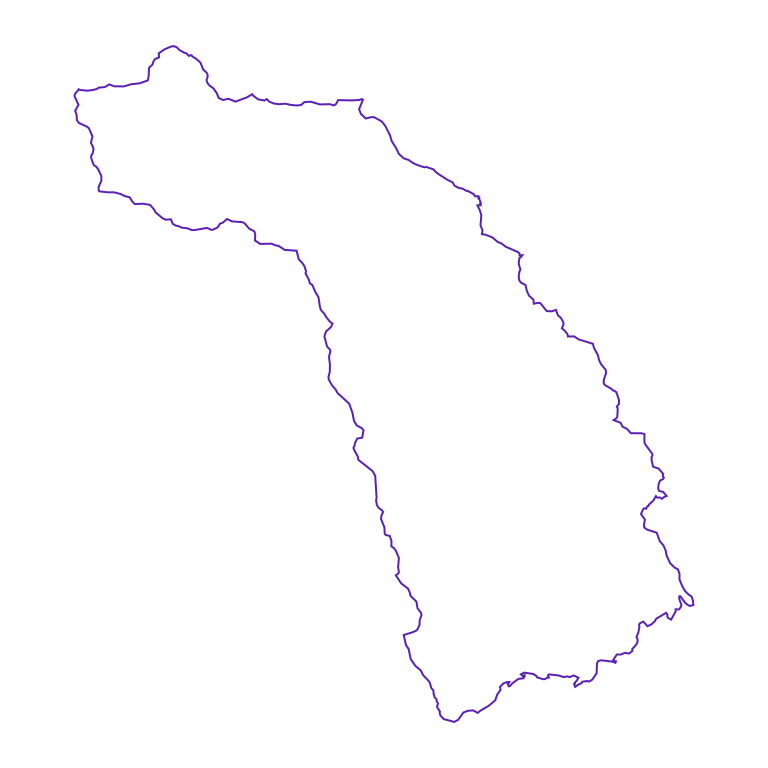 Zemes, Bacau, Romania
{"feature_id": "2599482B35780038076699", "entity_name": "Zemes", "entity_type": "district", "adm_level": 2, "iso_a3": "ROU", "parent_name": "Romania", "parent_adm1": "Bacau", "projection": "natural_earth1", "projection_center": [26.408, 46.58], "detail": "fine", "context": "isolated", "style": "outline", "palette": "violet", "viewbox_px": 768, "rotation_deg": 0, "n_neighbors": 0, "source": "geoboundaries", "source_scale": "gbopen_adm2", "svg_char_len": 6043}
<svg xmlns="http://www.w3.org/2000/svg" viewBox="0 0 768 768"><path d="M663.8,477.7L662.8,476.4L663.1,473.8L658.6,468.6L653.1,466.7L651.7,460.8L651.6,456.8L652.5,455.5L652.5,454.2L645.1,444.1L644.4,442.2L644.4,434.1L641.7,433.3L630.8,433.2L627.0,428.9L622.5,426.6L620.6,422.8L613.7,420.1L616.7,418.0L617.3,416.6L617.7,409.4L617.6,408.0L616.8,406.7L619.0,403.9L619.0,400.1L616.4,392.3L614.5,390.8L613.1,390.5L610.8,388.4L605.5,385.5L603.7,383.6L603.8,379.9L606.0,373.3L605.8,370.1L600.8,363.8L599.0,359.9L597.9,355.2L594.0,347.9L592.9,343.8L578.6,339.4L574.2,336.4L567.9,336.5L567.5,334.2L564.9,330.9L561.9,328.3L563.5,324.3L563.3,322.1L560.9,317.9L558.0,315.4L555.9,309.9L551.8,311.3L546.7,311.1L540.4,303.2L538.2,302.8L533.8,303.7L533.4,299.7L528.9,295.5L526.9,291.0L525.4,284.9L521.3,282.9L519.3,280.5L518.8,277.8L518.9,274.5L519.5,271.4L520.4,269.6L518.8,264.1L518.8,262.1L519.5,257.9L520.9,257.1L522.3,255.2L519.6,255.4L519.4,253.2L517.9,252.1L505.5,246.6L501.4,243.4L497.9,242.1L492.2,237.3L485.1,234.6L481.9,234.2L482.5,230.3L480.5,225.4L481.3,215.3L479.9,210.5L477.5,205.4L480.7,205.2L480.1,203.5L480.9,203.2L479.6,199.7L478.4,198.3L479.3,197.6L478.4,196.2L475.0,196.3L473.8,194.2L467.9,191.0L466.0,190.7L463.0,188.8L458.7,187.9L454.6,185.8L452.5,182.3L447.4,179.8L438.7,174.2L435.5,171.8L433.5,169.4L426.5,167.0L424.3,167.3L419.0,165.6L413.6,163.4L408.5,159.9L403.6,158.3L398.8,153.8L396.1,148.1L391.7,141.1L390.1,135.6L385.4,126.1L381.8,121.5L374.0,117.1L371.0,117.2L365.7,118.5L360.9,113.9L359.1,109.2L363.0,99.6L361.7,99.1L359.2,100.0L351.3,100.4L338.1,100.1L336.3,103.7L334.5,105.2L333.5,105.3L329.8,104.2L319.9,104.4L310.6,101.7L304.4,102.1L301.2,104.9L297.4,105.5L291.3,105.0L285.4,103.7L279.0,104.2L274.1,103.6L269.3,101.7L266.7,99.1L264.6,100.5L258.2,99.4L253.5,95.9L252.2,94.2L246.8,97.4L235.5,101.6L228.4,98.8L222.9,100.0L218.6,97.9L216.9,93.4L213.4,88.3L209.6,85.6L207.6,83.3L206.5,80.1L207.5,77.1L207.6,74.6L206.7,72.8L203.0,69.3L200.7,63.1L199.3,61.5L195.1,58.1L192.3,56.5L191.6,55.3L190.6,55.1L189.0,56.0L186.3,53.3L184.1,52.7L179.5,50.1L176.8,47.3L173.7,46.1L170.3,46.8L164.4,49.4L158.7,53.3L159.1,57.3L154.8,59.2L153.2,62.0L152.4,64.7L149.1,67.6L148.6,76.6L147.8,80.4L139.8,83.3L131.4,84.2L123.9,86.4L114.3,86.3L109.3,84.4L104.7,87.1L98.8,87.6L96.4,89.2L91.3,90.2L87.4,90.7L79.5,89.9L78.8,89.3L75.4,93.4L74.6,95.2L74.6,96.4L78.5,104.8L75.2,110.8L76.6,115.0L76.9,120.1L78.8,122.9L87.2,126.8L88.9,128.3L92.5,136.5L90.9,142.8L93.0,146.9L93.5,149.4L92.6,153.5L91.1,155.9L91.3,158.5L93.8,165.1L96.4,166.9L98.2,169.3L101.3,176.1L101.4,180.6L98.6,187.0L98.7,190.6L99.2,191.3L107.5,192.3L114.0,192.3L120.6,194.0L124.6,196.0L129.8,197.4L132.2,201.5L134.8,204.1L142.9,203.7L150.1,204.9L154.1,209.6L155.5,212.3L162.4,218.1L165.8,219.7L170.9,219.3L172.7,223.8L175.5,225.5L179.0,226.3L181.8,227.7L187.3,228.3L191.7,230.0L194.4,230.1L207.0,227.9L211.2,229.8L212.6,229.8L217.8,227.3L219.9,223.7L222.8,222.7L227.0,219.0L232.1,221.4L241.9,222.1L243.7,222.7L245.5,224.3L249.1,228.6L254.3,231.3L255.2,234.0L255.0,240.5L260.1,243.9L271.6,243.7L275.6,245.4L278.6,245.9L284.7,249.9L296.6,250.7L298.7,259.2L302.3,263.0L304.5,266.3L306.1,271.6L305.5,273.4L308.9,279.8L309.6,282.6L310.5,284.0L312.3,284.9L315.4,292.0L318.5,297.3L320.0,307.3L321.0,310.1L324.5,314.0L326.3,317.2L329.8,321.6L332.5,323.5L331.0,327.0L326.0,331.5L324.4,336.5L327.0,346.4L330.1,349.8L330.4,351.0L329.0,357.0L329.9,364.3L329.8,371.8L328.5,376.7L328.7,379.4L331.9,385.2L335.5,389.3L337.6,393.1L349.2,403.7L352.4,412.6L354.0,420.9L356.7,425.4L361.9,428.3L363.5,430.3L362.2,437.6L357.2,438.6L355.0,442.9L354.4,446.2L353.6,447.3L353.6,448.8L357.9,456.8L358.3,459.8L372.7,471.2L375.2,475.9L376.6,497.7L376.1,500.4L376.8,504.8L378.5,507.8L381.9,510.2L383.1,511.8L381.3,516.0L381.0,519.0L384.4,527.3L384.7,533.6L385.7,535.0L389.8,536.0L391.4,540.8L391.4,546.3L393.8,548.0L395.7,550.4L398.9,558.0L398.1,567.2L398.9,572.1L398.4,573.4L395.8,575.3L401.2,583.4L408.1,588.7L409.8,592.7L410.4,595.7L416.4,601.6L417.5,608.2L421.0,612.9L421.5,615.2L419.7,620.0L419.5,625.1L417.2,629.7L416.4,630.5L412.8,632.2L403.7,635.0L406.0,645.1L408.6,649.0L410.7,659.1L415.4,665.9L420.8,670.5L423.2,675.2L429.5,681.9L431.4,688.2L433.3,690.2L433.6,693.6L434.7,697.4L436.6,699.5L436.8,701.6L438.0,703.4L437.0,707.0L439.9,711.5L439.7,712.9L440.5,715.7L443.8,719.1L454.4,721.9L458.2,719.7L463.4,712.5L467.9,710.8L473.2,710.4L477.7,712.9L479.9,711.0L488.7,705.8L495.3,700.2L497.0,695.0L500.5,689.9L500.0,686.9L503.4,683.4L506.7,682.1L509.4,682.0L508.8,683.3L507.7,684.0L508.7,686.3L509.8,686.2L512.3,683.4L518.3,678.9L523.4,678.3L524.6,676.4L524.6,675.1L522.9,676.1L520.9,674.3L524.1,672.6L533.3,674.0L536.7,676.2L537.0,677.3L542.7,679.1L544.8,679.1L547.1,677.8L548.9,677.6L547.9,675.4L548.9,674.4L558.3,675.4L563.7,677.1L567.5,676.4L569.8,677.2L572.5,675.8L574.0,675.6L578.4,677.7L576.8,680.6L574.9,682.5L575.0,683.6L574.0,684.1L575.2,686.9L578.6,684.4L581.2,683.4L582.4,681.7L587.5,681.0L588.6,681.6L590.1,681.0L592.3,679.6L596.6,673.3L597.0,663.3L598.2,661.0L601.4,660.3L612.3,661.6L615.4,662.8L615.9,661.4L613.0,660.4L616.8,654.5L620.3,654.6L625.1,652.8L629.0,653.6L632.4,650.9L632.2,649.1L636.4,644.4L637.6,641.7L637.4,638.7L636.5,637.3L638.4,632.2L639.4,627.2L639.1,624.4L639.9,623.3L643.4,621.6L647.4,626.2L651.5,624.3L654.9,621.2L656.0,618.9L666.0,612.8L667.3,614.4L667.3,616.5L668.1,618.0L671.1,619.6L675.7,611.3L675.6,609.3L679.1,609.4L681.1,606.5L681.3,604.5L679.3,599.1L679.2,596.8L679.6,596.2L680.4,596.3L684.9,602.5L687.6,604.8L690.0,606.0L693.4,605.0L692.9,600.6L691.6,596.6L688.2,594.2L685.2,591.2L682.4,586.5L679.5,579.5L679.5,573.7L677.9,569.3L674.6,567.6L670.1,563.2L666.5,555.3L665.7,550.7L663.5,545.5L659.8,541.2L656.7,532.7L647.3,529.7L644.3,527.5L643.9,525.3L644.9,519.5L641.0,514.0L643.1,509.3L644.1,508.3L646.2,508.7L647.1,506.5L648.5,505.9L648.7,504.8L653.3,500.6L655.9,496.2L657.1,497.6L659.9,497.5L661.8,498.8L664.1,497.0L666.6,496.0L663.1,491.9L659.0,490.9L658.2,488.2L658.7,483.7L660.1,480.6L663.1,479.0L663.8,477.7Z" fill="none" stroke="#5b21b6" stroke-width="2"/></svg>